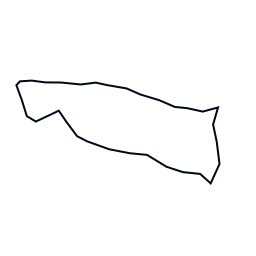 the district of Saranti, Nicosia, Cyprus, rotated 71°
{"feature_id": "46923920B86385656004858", "entity_name": "Saranti", "entity_type": "district", "adm_level": 2, "iso_a3": "CYP", "parent_name": "Cyprus", "parent_adm1": "Nicosia", "projection": "equal_earth", "projection_center": [33.004, 34.977], "detail": "fine", "context": "isolated", "style": "outline", "palette": "ink", "viewbox_px": 256, "rotation_deg": 71, "n_neighbors": 0, "source": "geoboundaries", "source_scale": "gbopen_adm2", "svg_char_len": 547}
<svg xmlns="http://www.w3.org/2000/svg" viewBox="0 0 256 256"><g transform="rotate(71 128 128)"><path d="M91.9,213.0L89.1,187.8L101.6,184.4L119.2,178.8L127.5,170.8L142.0,152.7L152.4,134.6L159.6,118.8L177.3,104.1L187.6,90.5L194.9,74.7L207.3,67.9L191.8,53.2L170.0,48.6L152.4,46.4L137.9,36.2L136.8,52.0L128.5,65.6L123.3,76.9L111.9,89.4L100.5,105.2L90.1,116.5L80.8,133.5L74.6,143.7L71.5,158.4L63.2,176.5L58.0,191.2L51.8,203.7L48.7,215.0L51.2,219.6L61.9,219.4L66.7,219.3L83.9,219.8L91.9,213.0Z" fill="none" stroke="#020617" stroke-width="2"/></g></svg>